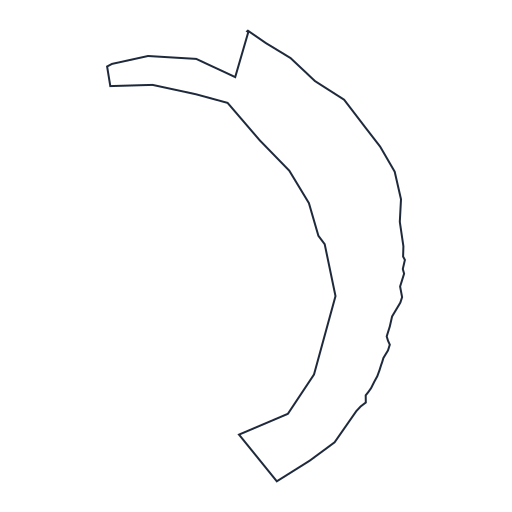 outline of Niuafo'ou, Tonga
{"feature_id": "48082658B75580171821310", "entity_name": "Niuafo'ou", "entity_type": "district", "adm_level": 2, "iso_a3": "TON", "parent_name": "Tonga", "parent_adm1": "", "projection": "orthographic", "projection_center": [-175.613, -15.598], "detail": "fine", "context": "isolated", "style": "outline", "palette": "slate", "viewbox_px": 512, "rotation_deg": 0, "n_neighbors": 0, "source": "geoboundaries", "source_scale": "gbopen_adm2", "svg_char_len": 888}
<svg xmlns="http://www.w3.org/2000/svg" viewBox="0 0 512 512"><path d="M334.6,442.3L356.4,411.0L360.7,406.4L365.8,402.5L365.7,395.3L368.2,392.2L371.1,388.1L374.4,381.5L377.3,376.2L379.5,370.2L381.2,364.8L382.2,362.0L383.4,358.0L385.5,354.5L388.0,350.4L389.8,344.7L388.0,340.7L386.7,336.4L389.8,326.5L392.1,316.4L400.3,302.7L402.1,297.2L400.1,286.5L404.1,273.7L402.8,269.0L404.9,259.9L403.1,256.6L403.4,246.3L399.8,221.8L401.0,199.3L394.7,171.7L380.2,146.7L364.9,126.9L344.1,99.7L315.0,81.1L290.6,58.1L265.9,43.1L247.9,30.7L247.2,31.3L248.3,32.1L235.2,77.1L196.2,58.9L174.4,57.6L148.0,56.0L146.7,56.3L112.0,63.9L107.1,66.5L110.3,86.1L144.4,85.1L152.6,84.9L173.0,89.3L196.1,94.3L227.6,102.9L259.8,140.4L289.3,170.7L308.9,203.1L318.4,235.8L324.7,244.2L335.5,296.1L314.0,374.5L287.9,413.8L239.0,434.6L276.8,481.3L309.8,460.6L334.6,442.3Z" fill="none" stroke="#1e293b" stroke-width="2"/></svg>